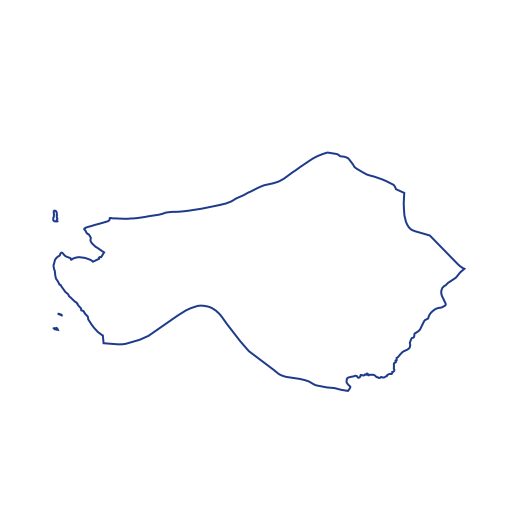 the district of Hat Samran, Trang, Thailand, rotated 101°
{"feature_id": "78962969B83331029808127", "entity_name": "Hat Samran", "entity_type": "district", "adm_level": 2, "iso_a3": "THA", "parent_name": "Thailand", "parent_adm1": "Trang", "projection": "robinson", "projection_center": [99.606, 7.227], "detail": "fine", "context": "isolated", "style": "outline", "palette": "blue", "viewbox_px": 512, "rotation_deg": 101, "n_neighbors": 0, "source": "geoboundaries", "source_scale": "gbopen_adm2", "svg_char_len": 5979}
<svg xmlns="http://www.w3.org/2000/svg" viewBox="0 0 512 512"><g transform="rotate(101 256 256)"><path d="M370.7,389.0L369.0,374.3L368.1,370.1L367.0,367.0L360.5,354.3L354.9,346.3L329.1,321.2L322.7,314.3L319.8,310.3L316.1,303.7L315.2,300.6L314.8,297.0L314.8,293.6L315.2,290.4L316.1,287.8L317.3,284.9L319.6,281.2L321.9,278.3L328.0,271.9L342.6,255.3L350.5,245.2L351.0,244.4L364.5,216.7L367.2,211.7L367.9,209.9L368.4,207.8L368.8,205.0L368.9,202.8L368.3,189.5L368.5,184.7L369.0,180.4L369.4,179.1L370.8,175.2L371.3,173.5L371.5,171.9L371.5,161.6L370.7,153.8L370.8,151.8L371.1,146.8L370.9,140.0L368.5,138.8L367.0,138.4L366.6,138.4L366.3,138.5L364.7,140.9L363.9,141.9L362.9,142.8L362.5,143.0L361.8,143.2L360.3,143.3L359.1,143.3L358.7,143.1L358.3,142.8L357.5,141.9L356.2,139.0L355.7,137.6L355.3,136.8L354.6,135.7L354.6,134.4L354.8,133.8L355.8,133.0L355.9,132.9L355.9,132.0L355.9,131.8L355.1,131.0L354.6,130.7L353.9,130.5L353.2,130.7L352.8,130.5L352.7,130.1L352.8,127.7L352.7,127.3L352.5,127.1L351.7,126.7L351.5,126.3L351.7,125.7L351.7,125.4L350.8,125.1L350.3,124.8L350.2,124.4L350.2,124.2L350.4,123.8L351.6,123.2L351.6,122.5L351.1,122.2L350.9,121.8L350.2,118.1L350.4,117.2L350.8,116.1L351.9,114.6L351.9,114.4L351.8,113.5L351.8,113.2L352.2,112.6L352.3,112.3L352.0,111.3L351.9,111.0L351.2,110.4L350.8,109.8L350.8,109.6L351.1,109.1L351.1,108.3L351.0,107.9L350.6,106.8L350.3,106.4L349.6,105.8L349.0,104.7L348.8,104.6L348.2,104.6L347.7,104.3L346.4,102.6L346.1,101.9L346.0,101.6L346.1,100.8L346.0,100.5L345.9,100.3L344.6,99.9L343.8,100.1L343.3,99.0L342.7,98.6L341.9,98.4L341.2,98.5L340.1,99.3L338.5,99.4L335.6,100.1L335.0,100.0L334.4,99.6L333.9,98.7L333.4,98.4L333.0,98.8L332.1,99.1L331.9,99.0L331.7,98.8L331.6,98.2L331.4,98.0L329.2,98.5L328.1,97.3L324.8,95.5L322.7,94.1L321.6,93.2L319.3,89.9L318.3,88.8L317.7,88.3L317.0,87.9L316.0,87.6L314.9,87.6L314.1,87.6L312.0,88.4L311.5,88.4L307.5,87.7L306.8,87.3L306.1,85.9L305.7,85.6L304.9,85.4L304.4,85.4L302.5,85.6L301.8,85.4L301.6,85.3L301.2,84.6L300.5,84.0L299.4,82.8L298.2,81.8L297.6,81.4L296.7,80.9L294.5,80.3L289.1,78.9L287.6,78.4L286.6,77.8L284.8,75.4L284.3,75.1L282.5,74.9L280.3,74.4L278.4,73.5L276.4,72.1L274.1,70.0L273.2,68.8L272.2,67.0L271.5,64.9L271.1,64.0L269.9,62.4L268.6,60.9L268.3,60.7L267.4,60.5L266.5,60.8L259.5,66.0L257.6,66.9L255.6,67.4L254.4,67.4L252.2,67.1L251.6,66.9L249.3,65.3L248.7,64.3L246.0,62.6L239.4,55.9L238.2,55.1L233.2,52.5L228.8,49.0L228.4,50.6L227.2,53.5L225.6,56.2L202.7,89.3L201.3,105.1L200.5,108.6L198.8,111.3L196.7,113.3L193.9,115.3L188.0,118.0L181.8,119.7L175.8,121.1L165.8,122.5L163.7,131.4L162.3,132.2L160.3,133.9L159.7,135.2L157.6,142.6L156.7,146.8L155.5,155.3L155.3,159.1L154.9,162.6L153.4,167.4L151.0,174.1L149.8,176.4L147.9,178.0L145.6,180.5L142.9,183.6L142.5,184.2L141.9,186.5L141.7,188.5L142.0,191.7L141.9,192.6L141.0,194.3L140.6,195.4L140.5,196.8L140.8,205.2L141.0,206.0L143.2,210.0L146.2,214.7L149.4,218.7L152.9,222.3L160.2,229.6L164.2,233.3L166.7,235.9L174.4,243.0L175.5,244.2L178.1,247.3L179.4,249.4L181.4,253.1L185.0,261.5L187.5,265.4L188.9,267.3L193.9,273.7L195.3,275.8L198.7,279.8L203.0,286.0L204.1,287.4L205.7,289.0L207.3,290.9L209.8,294.9L210.4,295.9L210.7,296.7L212.9,301.5L219.9,318.3L224.5,331.1L225.6,334.5L227.1,339.6L227.8,342.4L228.7,346.7L229.5,349.5L230.6,352.8L232.4,355.8L234.0,359.2L237.2,368.3L238.8,372.3L239.8,375.1L241.5,380.0L242.5,383.5L243.1,386.2L243.7,388.1L244.3,390.6L245.5,398.2L245.7,400.0L246.4,403.9L246.4,406.0L246.6,406.6L246.7,406.8L247.0,406.8L247.8,406.6L248.5,406.7L249.2,407.1L250.0,407.8L250.4,408.5L251.4,410.4L252.9,413.3L257.0,421.6L257.4,422.2L259.6,426.6L260.7,428.5L261.8,429.7L262.2,429.8L262.6,429.6L262.8,429.5L263.3,428.6L263.6,428.3L265.2,427.1L266.5,425.6L266.5,424.7L266.8,424.1L269.4,421.8L269.9,421.6L272.1,421.5L272.8,421.2L273.5,420.8L274.9,419.4L276.0,417.7L277.6,415.2L277.9,414.1L280.9,407.2L281.4,405.8L286.7,407.8L286.7,408.7L286.8,409.0L287.2,409.5L287.8,409.9L288.7,409.5L292.7,415.0L292.2,415.7L291.5,417.4L291.1,419.2L290.6,422.8L290.5,423.7L290.9,429.5L291.1,430.2L291.8,432.2L292.8,434.0L293.6,435.3L294.4,436.1L294.8,436.4L294.8,437.0L294.1,437.2L293.7,437.5L293.5,437.9L292.8,442.0L292.5,443.0L291.8,444.2L290.2,446.2L289.8,447.1L289.8,447.6L290.0,447.9L290.4,448.2L291.1,448.5L292.5,448.6L293.1,448.9L294.6,450.5L295.9,451.5L298.1,452.6L298.4,452.6L302.2,452.8L302.9,452.9L303.4,453.0L304.6,452.8L307.0,451.9L309.2,450.6L313.2,449.4L315.6,448.4L316.9,447.6L317.5,446.8L318.8,445.6L320.1,444.5L321.5,443.5L321.7,443.1L321.7,442.3L323.5,440.7L327.8,436.1L328.9,433.9L329.5,433.1L330.4,432.3L330.9,432.1L331.4,431.5L332.2,429.9L333.6,427.8L335.5,424.8L335.8,423.6L336.4,423.0L336.5,422.5L336.9,422.1L337.2,422.0L337.5,422.0L337.9,421.6L338.0,421.4L338.9,420.4L339.6,419.5L340.2,418.6L340.7,417.9L341.4,417.5L342.4,417.3L342.7,417.1L342.9,415.2L343.3,414.4L344.6,413.6L345.0,412.8L345.5,412.5L346.0,411.9L347.1,410.1L348.3,409.2L350.2,408.6L354.9,404.1L357.7,400.9L360.7,396.8L363.0,392.1L363.2,391.2L370.7,389.0ZM260.0,457.8L259.9,457.5L259.7,457.5L259.4,458.4L259.3,458.5L258.9,458.4L258.0,458.4L257.7,458.3L257.5,458.1L257.2,458.1L256.8,458.3L256.4,458.6L255.4,459.1L255.1,459.2L254.2,459.1L253.9,459.2L253.8,459.4L253.5,459.4L252.3,459.6L251.6,459.9L250.9,460.2L250.5,460.5L249.9,461.4L249.9,462.3L250.0,462.6L250.4,463.0L251.0,463.0L251.7,462.9L252.0,462.7L253.1,462.5L253.8,462.2L254.7,462.1L256.4,462.0L257.3,462.2L258.6,462.1L259.7,461.7L260.1,461.2L260.4,460.4L260.0,457.8ZM366.0,439.5L366.1,439.3L366.0,439.0L366.4,438.0L366.4,437.6L366.2,437.4L366.3,436.7L366.3,436.4L365.6,436.9L365.3,437.0L365.1,437.2L365.0,437.6L364.8,437.9L364.7,438.1L364.8,438.2L365.1,438.4L365.1,438.7L365.2,438.8L365.3,439.0L365.2,440.1L365.4,440.4L365.6,440.7L365.8,440.5L366.0,440.1L366.2,439.6L366.0,439.5ZM350.7,438.8L351.0,436.8L351.1,436.6L351.1,435.9L351.6,434.8L351.6,434.6L351.4,435.0L350.7,436.0L350.7,436.5L350.4,437.7L350.4,438.2L350.5,438.3L350.4,438.7L350.4,438.8L350.7,438.8Z" fill="none" stroke="#1e3a8a" stroke-width="2"/></g></svg>